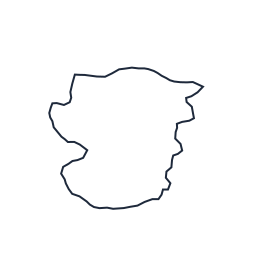 Palmares Paulista, São Paulo, Brazil (Albers equal-area conic projection), rotated 52°
{"feature_id": "56859067B79486573707853", "entity_name": "Palmares Paulista", "entity_type": "district", "adm_level": 2, "iso_a3": "BRA", "parent_name": "Brazil", "parent_adm1": "São Paulo", "projection": "albers", "projection_center": [-48.826, -21.099], "detail": "fine", "context": "isolated", "style": "outline", "palette": "slate", "viewbox_px": 256, "rotation_deg": 52, "n_neighbors": 0, "source": "geoboundaries", "source_scale": "gbopen_adm2", "svg_char_len": 1198}
<svg xmlns="http://www.w3.org/2000/svg" viewBox="0 0 256 256"><g transform="rotate(52 128 128)"><path d="M201.2,142.6L198.0,138.3L201.1,134.4L197.6,128.6L190.5,128.8L186.0,124.5L185.7,118.0L180.3,113.0L177.5,109.3L179.1,104.7L179.1,99.2L172.9,96.4L165.4,97.3L160.5,92.9L158.1,89.2L154.8,86.9L156.5,81.6L160.0,75.2L160.9,70.0L156.6,67.8L150.5,64.6L143.6,65.8L140.1,63.7L142.0,58.5L142.7,51.1L141.6,43.5L136.3,46.2L131.7,48.6L128.2,53.6L124.1,58.6L119.8,63.0L116.1,65.6L112.2,67.1L107.6,69.3L102.9,70.8L99.0,72.5L94.0,75.8L91.0,78.5L87.8,82.7L82.8,87.8L79.3,93.9L76.3,98.9L75.1,107.0L73.5,114.5L68.3,120.8L59.5,129.5L56.4,133.3L53.2,137.0L58.6,144.4L64.2,151.3L69.2,154.1L71.8,158.1L70.4,164.3L64.5,168.8L62.0,172.4L64.4,176.3L67.7,180.8L71.8,182.8L76.1,183.4L81.7,186.1L93.9,185.8L97.9,184.7L102.0,184.0L105.9,178.9L111.3,176.2L120.4,173.8L123.9,181.7L122.2,187.5L119.8,192.1L119.6,197.0L118.7,203.0L122.8,208.8L129.5,209.5L133.4,211.1L139.6,212.3L145.5,212.5L152.0,208.3L160.4,205.8L164.9,205.2L169.3,203.5L173.6,199.8L177.9,193.5L182.5,189.5L185.6,184.9L188.5,180.6L191.6,174.5L195.0,168.3L196.5,160.4L199.1,152.5L202.8,147.8L201.2,142.6Z" fill="none" stroke="#1e293b" stroke-width="2"/></g></svg>